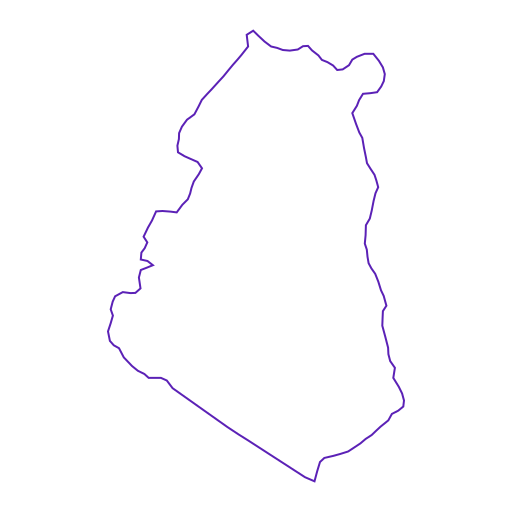 outline of Seropédica, Rio de Janeiro, Brazil
{"feature_id": "56859067B7240640432543", "entity_name": "Seropédica", "entity_type": "district", "adm_level": 2, "iso_a3": "BRA", "parent_name": "Brazil", "parent_adm1": "Rio de Janeiro", "projection": "robinson", "projection_center": [-43.696, -22.752], "detail": "fine", "context": "isolated", "style": "outline", "palette": "violet", "viewbox_px": 512, "rotation_deg": 0, "n_neighbors": 0, "source": "geoboundaries", "source_scale": "gbopen_adm2", "svg_char_len": 2006}
<svg xmlns="http://www.w3.org/2000/svg" viewBox="0 0 512 512"><path d="M314.5,481.3L317.2,471.2L320.0,462.0L324.4,457.9L332.8,456.0L340.1,454.0L348.1,451.5L353.9,447.7L360.4,443.4L365.7,438.9L371.7,435.0L376.4,430.5L380.6,426.6L388.3,420.4L391.9,413.9L398.2,410.7L403.3,406.5L404.0,400.5L402.1,393.5L398.8,386.8L393.3,377.9L394.9,367.8L390.2,361.1L388.4,354.2L388.1,347.7L385.3,336.8L382.3,325.7L382.6,317.8L382.9,311.1L386.4,305.7L383.7,295.9L381.0,290.3L378.3,281.6L375.2,273.8L371.4,268.4L368.6,263.2L367.5,256.7L366.8,249.6L364.8,243.6L365.6,235.1L365.9,225.2L369.8,218.6L371.7,210.7L373.6,200.9L375.5,193.2L378.2,187.2L376.4,180.6L374.5,174.8L370.6,168.9L367.0,163.2L365.9,157.2L364.0,147.9L362.3,137.9L359.3,132.5L356.0,123.8L352.3,113.1L356.9,105.8L359.1,100.1L363.0,93.8L370.1,93.2L377.1,92.2L381.2,86.5L383.8,81.1L384.8,74.1L382.9,67.4L378.9,60.8L373.3,53.8L364.6,53.8L356.9,56.8L352.3,59.6L349.0,65.2L342.7,69.4L337.2,70.0L333.1,65.5L327.4,62.1L321.9,59.9L318.4,55.4L312.0,50.4L308.0,45.9L303.0,46.2L297.8,49.5L289.8,50.6L282.8,50.0L277.1,47.9L271.1,46.5L264.5,41.5L258.4,35.8L253.2,30.7L246.7,34.8L248.1,46.5L241.4,55.0L237.6,59.5L233.0,64.7L228.6,70.0L223.4,76.4L218.5,81.7L211.9,89.0L206.8,94.4L201.8,99.9L198.6,106.4L194.4,114.3L187.0,119.7L181.9,126.7L179.1,133.1L178.9,139.1L177.4,145.7L178.0,152.3L184.5,156.2L190.8,159.0L197.6,162.0L202.0,168.3L198.8,174.2L193.8,181.5L191.5,187.9L190.1,193.6L187.8,199.3L182.4,204.7L176.7,212.4L170.4,211.6L162.5,211.0L156.1,211.4L152.0,220.5L148.0,227.5L143.6,236.7L147.3,242.4L144.7,248.2L141.4,252.6L140.8,259.5L147.5,261.0L152.9,265.2L146.5,267.8L140.8,270.0L138.9,277.5L140.5,288.4L135.4,292.9L130.4,293.1L122.8,292.1L115.1,296.3L112.7,301.6L110.7,309.3L112.9,315.6L110.7,323.2L108.0,331.4L109.9,340.9L113.8,345.3L119.0,348.2L123.8,357.4L132.0,366.0L137.9,370.8L144.4,374.0L148.7,377.9L154.7,377.9L161.0,377.9L166.8,380.5L172.6,388.2L227.5,427.1L238.7,434.5L248.1,440.4L305.0,477.2L314.5,481.3Z" fill="none" stroke="#5b21b6" stroke-width="2"/></svg>